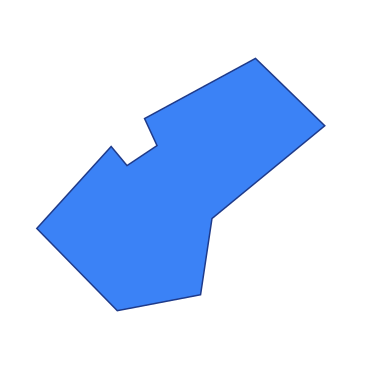 Bekabad city, Tashkent, Uzbekistan, rotated 143°
{"feature_id": "79887680B94622992244208", "entity_name": "Bekabad city", "entity_type": "district", "adm_level": 2, "iso_a3": "UZB", "parent_name": "Uzbekistan", "parent_adm1": "Tashkent", "projection": "mercator", "projection_center": [69.254, 40.226], "detail": "fine", "context": "isolated", "style": "filled", "palette": "blue", "viewbox_px": 384, "rotation_deg": 143, "n_neighbors": 0, "source": "geoboundaries", "source_scale": "gbopen_adm2", "svg_char_len": 301}
<svg xmlns="http://www.w3.org/2000/svg" viewBox="0 0 384 384"><g transform="rotate(143 192 192)"><path d="M323.1,142.2L247.0,104.8L192.0,158.8L46.1,165.0L60.9,260.5L185.7,279.2L192.0,250.1L228.0,252.2L229.2,277.0L337.9,256.3L323.1,142.2Z" fill="#3b82f6" stroke="#1e3a8a" stroke-width="1.5"/></g></svg>